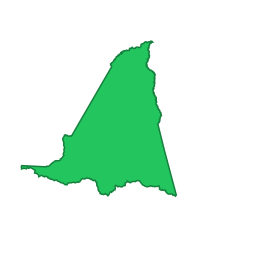 the district of Picunches, Neuquén, Argentina, rotated 299°
{"feature_id": "61730980B43835404707600", "entity_name": "Picunches", "entity_type": "district", "adm_level": 2, "iso_a3": "ARG", "parent_name": "Argentina", "parent_adm1": "Neuquén", "projection": "albers", "projection_center": [-70.26, -38.618], "detail": "fine", "context": "isolated", "style": "filled", "palette": "green", "viewbox_px": 256, "rotation_deg": 299, "n_neighbors": 0, "source": "geoboundaries", "source_scale": "gbopen_adm2", "svg_char_len": 5784}
<svg xmlns="http://www.w3.org/2000/svg" viewBox="0 0 256 256"><g transform="rotate(299 128 128)"><path d="M92.8,202.7L127.3,169.5L145.8,152.3L146.2,152.3L146.3,152.1L147.5,152.3L147.7,152.2L148.0,152.5L148.7,152.6L149.2,152.4L149.3,152.0L150.1,152.2L150.7,151.4L151.3,151.7L152.3,151.1L152.6,151.2L153.9,150.9L154.3,151.0L154.5,150.9L155.0,151.2L155.2,150.6L155.7,150.5L155.7,150.2L156.1,149.8L156.6,149.9L156.9,149.7L157.4,149.1L157.3,148.5L157.7,148.3L157.8,147.9L158.9,147.0L158.8,146.3L159.2,146.0L159.2,145.3L159.8,145.1L159.9,144.5L160.5,144.0L160.6,143.6L161.0,143.4L161.2,143.5L161.4,142.8L161.8,142.5L162.0,141.5L162.4,141.5L162.5,141.1L163.6,140.3L164.4,140.6L165.3,139.6L165.7,139.5L165.7,139.2L165.4,139.0L165.7,138.7L165.9,138.9L166.3,138.5L166.5,138.8L167.1,138.4L167.3,138.6L167.9,138.2L168.0,137.8L168.4,137.8L168.6,137.4L168.5,136.8L168.9,136.1L169.4,135.9L169.3,135.4L169.9,135.0L170.0,134.3L170.6,134.2L170.5,133.9L170.9,133.2L171.6,133.4L171.6,132.7L172.6,132.2L173.4,131.3L173.9,131.4L174.1,131.1L174.9,131.6L175.1,131.3L174.7,131.0L174.9,130.8L175.5,131.0L175.7,130.7L176.6,130.5L176.9,130.8L177.6,130.8L178.6,130.0L179.6,130.0L179.7,129.6L180.2,129.4L180.2,128.7L180.6,128.8L180.9,128.4L181.0,128.4L181.1,128.7L181.3,128.4L181.9,128.7L182.2,128.5L182.3,128.2L183.7,127.7L183.7,127.2L184.3,127.3L184.3,126.9L185.5,126.8L185.6,126.4L186.3,126.2L186.8,125.8L187.1,126.0L187.8,126.0L187.8,125.8L187.5,125.6L188.5,124.8L188.3,124.3L188.8,124.1L188.6,123.8L189.1,123.4L189.0,122.9L189.4,122.8L189.6,122.0L189.3,121.9L189.5,121.5L189.5,121.1L189.7,120.3L189.2,119.7L189.5,119.5L189.3,119.0L189.7,118.2L189.6,117.9L189.7,117.6L189.5,117.2L189.8,117.0L189.8,116.6L190.3,116.4L190.6,115.9L190.6,114.8L191.2,114.7L191.2,114.1L191.8,114.2L191.9,113.8L192.2,114.0L192.6,113.9L193.3,113.2L193.2,112.9L193.6,112.9L194.1,112.4L195.5,113.0L196.0,112.5L196.5,112.8L196.6,112.4L197.3,112.3L197.5,111.9L197.7,112.3L198.0,112.0L198.5,112.0L199.3,112.5L200.0,112.1L200.5,112.2L200.8,111.9L201.4,111.9L201.5,111.6L201.8,111.5L201.7,111.1L202.9,110.7L203.2,110.3L203.3,109.9L204.6,109.8L205.4,109.2L205.4,108.9L205.7,108.7L205.8,108.3L205.6,108.2L206.5,107.3L207.0,107.4L207.4,107.2L207.6,107.5L208.0,107.1L208.5,107.2L208.6,106.9L209.0,107.1L209.4,106.7L210.3,106.7L210.7,106.4L210.9,106.6L211.2,106.4L211.5,106.5L212.0,106.2L212.9,106.2L213.2,106.6L213.4,106.0L213.5,106.7L213.9,107.0L214.3,106.9L214.5,107.3L215.0,107.5L215.1,107.8L215.4,107.2L215.1,105.9L214.9,105.7L213.9,105.4L213.5,104.4L212.0,103.3L212.2,102.2L211.5,101.2L209.6,100.6L207.5,98.9L205.6,99.7L204.6,99.5L203.9,99.1L203.7,98.7L203.6,97.6L202.7,96.0L202.4,95.8L201.3,95.8L201.0,95.1L200.3,94.8L200.2,94.1L200.6,92.5L199.3,92.2L198.7,91.0L198.3,90.8L197.2,91.5L196.4,91.5L196.2,90.7L195.9,90.5L195.3,89.8L195.4,89.0L194.6,88.7L193.8,87.4L192.8,87.2L192.7,87.0L193.1,86.6L193.0,86.4L191.2,86.5L191.4,85.6L190.4,85.1L190.2,85.4L189.9,85.5L190.2,86.2L189.8,86.4L189.6,86.4L189.5,85.9L188.5,84.8L187.8,85.0L187.5,84.4L187.2,84.2L186.7,84.9L186.4,84.8L186.3,84.0L185.3,83.9L184.9,83.4L184.2,83.2L183.6,83.6L182.8,83.6L182.5,83.2L182.2,83.1L181.5,83.5L181.1,82.8L179.5,82.9L177.6,82.6L176.9,82.0L176.0,82.0L175.7,81.7L174.7,82.2L174.6,83.1L173.6,84.0L93.6,82.5L93.6,81.9L92.9,81.2L92.5,80.6L92.1,80.5L91.8,79.7L92.2,79.0L92.2,78.6L91.5,77.9L91.3,77.3L91.8,76.9L91.7,76.4L90.8,75.9L89.9,76.2L87.6,76.0L86.9,76.2L85.8,77.0L85.7,77.3L83.9,79.1L81.8,80.1L80.7,81.4L79.7,82.2L79.4,82.4L78.3,82.2L76.7,83.5L73.8,84.0L73.0,84.8L72.9,85.2L69.1,84.6L68.3,84.1L68.3,84.3L67.9,84.4L67.1,84.4L65.6,83.1L64.7,81.2L64.0,80.3L59.2,78.1L56.5,77.5L55.7,76.6L55.1,75.3L54.3,75.2L43.6,53.3L42.8,53.3L41.6,54.0L41.2,54.6L40.6,54.8L42.4,56.5L42.4,56.9L42.9,58.0L42.9,58.8L44.7,59.4L44.5,60.6L46.1,61.9L46.2,63.0L46.1,63.8L46.2,64.8L46.0,65.3L46.1,66.6L45.6,67.7L44.1,67.7L43.3,68.2L44.0,70.2L43.7,71.9L43.3,72.8L42.1,73.6L44.8,75.3L44.6,77.0L44.8,77.6L44.6,78.5L45.4,79.0L46.1,79.8L46.2,80.7L45.9,81.3L46.1,81.8L45.5,82.2L45.8,83.2L45.6,84.4L45.7,85.0L46.1,85.2L46.0,86.0L46.4,87.2L46.3,89.2L47.4,89.9L47.9,90.6L47.8,91.3L47.4,92.1L47.8,93.6L47.6,95.5L48.3,98.1L47.9,100.4L48.3,100.9L48.4,101.5L48.7,102.2L49.2,102.4L49.7,102.0L50.7,102.3L51.6,103.2L51.8,103.8L52.3,104.2L52.4,104.8L54.3,106.7L54.3,108.0L54.5,108.4L56.1,109.9L56.5,110.7L56.5,111.1L57.8,111.9L59.4,112.0L61.6,112.6L61.9,113.0L62.0,114.1L62.8,115.1L64.3,116.1L64.9,118.1L65.3,118.4L65.1,118.9L65.2,119.7L65.0,120.0L65.6,120.5L65.1,122.1L65.2,123.4L65.4,123.6L66.1,123.6L66.3,124.1L66.1,125.0L65.3,125.9L65.5,126.1L65.4,126.7L65.1,127.2L64.2,127.5L64.1,127.8L63.3,128.1L62.3,129.0L61.8,130.0L61.8,130.3L60.8,131.2L59.7,131.6L58.4,133.6L58.2,134.9L57.9,135.2L57.3,135.3L57.5,135.7L57.1,136.7L57.8,137.7L57.8,138.7L58.8,139.7L59.7,139.9L59.8,140.5L59.3,141.3L59.5,141.9L59.0,143.3L60.9,143.6L62.4,143.4L63.8,143.7L64.1,144.2L63.9,144.9L65.2,145.0L65.8,145.6L67.0,145.8L67.5,146.6L68.9,146.3L70.7,144.9L71.6,144.9L72.0,145.5L71.8,146.3L71.8,147.3L71.6,147.7L72.7,148.5L73.3,150.9L73.9,151.5L75.6,152.1L76.1,153.3L76.4,153.4L78.0,152.5L78.6,152.4L80.6,153.5L81.3,153.2L81.3,153.9L81.1,154.3L81.1,155.2L81.3,155.6L81.1,156.2L81.5,156.8L82.4,157.1L83.8,158.4L84.8,160.6L85.8,161.0L86.9,162.2L87.3,163.5L87.2,164.3L86.7,165.0L85.4,168.2L85.4,171.2L85.8,173.2L86.2,173.8L86.7,174.2L87.4,175.2L88.3,175.5L88.6,176.1L88.5,177.0L88.9,177.3L88.8,177.9L89.5,178.9L89.6,179.9L90.3,180.6L91.1,182.0L91.8,182.4L92.4,183.3L91.8,183.7L91.1,184.5L89.9,185.1L89.6,186.1L89.8,187.3L90.7,187.6L90.4,188.2L90.5,189.1L91.6,190.1L91.5,190.5L91.6,191.3L90.8,191.4L90.6,191.7L90.4,192.9L89.9,193.9L89.8,194.6L90.0,195.8L90.3,196.2L90.8,197.4L91.4,197.8L91.6,198.1L91.5,198.7L91.7,199.3L91.2,199.6L90.9,200.0L91.7,200.8L91.4,202.6L92.8,202.7Z" fill="#22c55e" stroke="#15803d" stroke-width="1.5"/></g></svg>